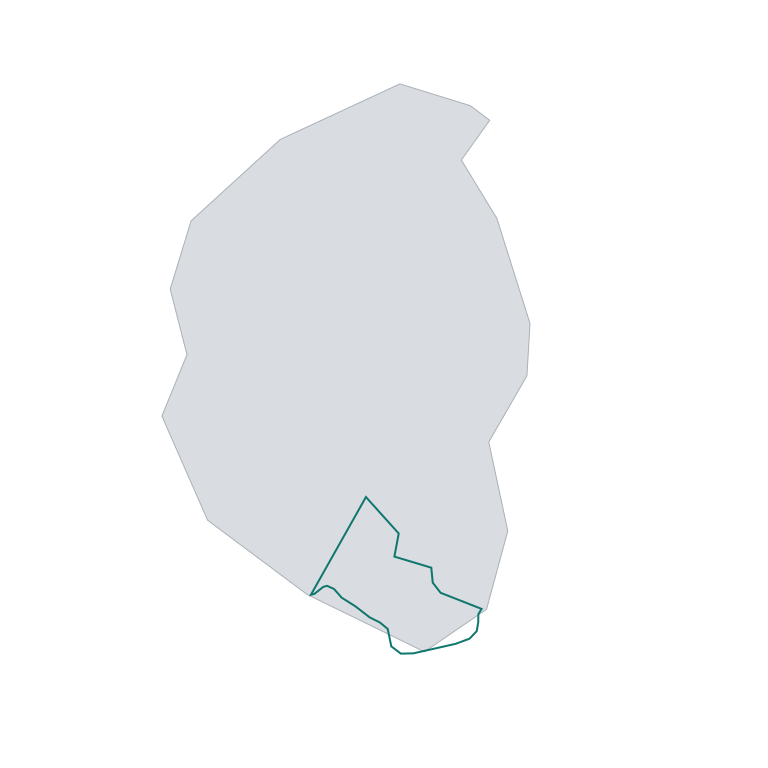 where Rivière du Rempart sits in Mauritius, rotated 151°
{"feature_id": "MUS-5192", "entity_name": "Rivière du Rempart", "entity_type": "District", "adm_level": 1, "iso_a3": "MUS", "parent_name": "Mauritius", "parent_adm1": "", "projection": "mercator", "projection_center": [57.653, -20.067], "detail": "fine", "context": "in_parent", "style": "outline", "palette": "teal", "viewbox_px": 768, "rotation_deg": 151, "n_neighbors": 0, "source": "natural_earth", "source_scale": "10m", "svg_char_len": 768}
<svg xmlns="http://www.w3.org/2000/svg" viewBox="0 0 768 768"><g transform="rotate(151 384 384)"><path d="M473.6,620.2L356.1,648.2L224.7,638.8L173.6,585.6L163.7,563.4L207.8,542.4L205.0,474.2L226.9,366.3L255.0,321.9L320.5,282.5L347.0,195.4L403.5,137.3L478.5,130.2L553.4,237.4L604.3,350.4L593.8,463.6L542.1,505.2L525.0,570.6L473.6,620.2Z" fill="#d9dde1" stroke="#a8b0b8" stroke-width="1"/><path d="M407.7,140.0L413.1,136.9L417.1,129.9L422.7,122.9L432.6,119.8L447.2,122.0L488.9,134.2L500.0,140.0L504.8,151.0L499.5,168.0L503.2,177.4L509.7,186.9L516.8,203.4L524.6,217.6L527.1,229.0L531.7,235.1L535.5,236.0L546.5,234.2L550.1,235.1L454.6,293.9L443.6,246.1L458.6,228.0L431.7,200.4L437.7,186.6L435.7,173.9L407.7,140.0Z" fill="none" stroke="#0f766e" stroke-width="2"/></g></svg>